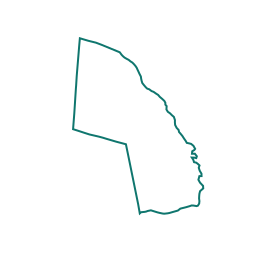 Alto Piquiri, Paraná, Brazil (Equal Earth projection), rotated 331°
{"feature_id": "56859067B25511421043506", "entity_name": "Alto Piquiri", "entity_type": "district", "adm_level": 2, "iso_a3": "BRA", "parent_name": "Brazil", "parent_adm1": "Paraná", "projection": "equal_earth", "projection_center": [-53.368, -24.091], "detail": "fine", "context": "isolated", "style": "outline", "palette": "teal", "viewbox_px": 256, "rotation_deg": 331, "n_neighbors": 0, "source": "geoboundaries", "source_scale": "gbopen_adm2", "svg_char_len": 1617}
<svg xmlns="http://www.w3.org/2000/svg" viewBox="0 0 256 256"><g transform="rotate(331 128 128)"><path d="M172.4,127.6L172.0,125.7L172.9,124.0L172.9,121.9L172.0,119.1L170.9,116.2L170.4,113.7L169.2,111.5L167.9,108.8L166.5,107.1L165.3,104.4L163.9,102.9L163.3,101.0L162.7,98.0L162.3,95.6L162.8,93.3L163.4,91.3L164.2,89.2L164.3,86.0L164.5,83.6L164.6,81.8L164.8,79.5L164.6,77.3L164.1,74.9L163.5,72.8L162.5,71.0L161.6,68.7L160.4,66.9L159.1,64.7L158.4,62.8L157.9,60.9L157.5,57.8L145.2,42.4L141.3,37.8L135.6,32.5L129.4,26.2L127.5,29.0L125.4,32.1L108.4,57.6L103.1,65.9L101.5,68.3L88.1,89.2L79.4,102.4L82.8,106.0L87.9,111.5L91.2,115.0L98.3,121.4L101.3,124.3L103.6,126.7L111.2,134.4L118.3,141.2L114.8,152.4L100.0,199.4L96.9,208.4L98.6,208.0L102.1,209.5L103.4,209.9L104.9,210.1L108.1,211.1L112.8,216.0L114.4,217.5L116.7,219.5L118.1,220.5L121.2,221.8L123.0,222.4L126.1,223.1L131.6,224.4L134.7,223.9L140.3,225.4L144.3,226.3L146.1,226.6L147.7,227.6L150.2,229.6L151.5,229.8L153.6,228.6L155.0,226.6L156.0,224.1L157.5,221.7L158.6,220.1L160.4,218.2L162.2,217.8L164.5,217.3L165.6,215.0L164.5,210.7L164.5,207.4L167.1,204.7L169.0,205.7L170.1,203.6L170.0,200.2L170.6,197.1L172.4,195.4L171.7,193.3L170.9,191.4L169.2,189.9L169.7,187.4L169.5,184.8L171.4,185.9L173.1,187.4L174.5,186.1L174.0,182.9L171.5,181.5L172.9,179.5L175.3,179.4L176.6,178.8L176.6,175.3L175.5,172.5L173.7,170.8L172.2,169.5L172.2,167.2L171.9,164.5L171.7,161.3L171.1,158.0L170.7,156.3L171.3,154.2L170.6,151.5L170.7,148.2L171.7,145.9L172.9,143.8L173.5,140.5L172.6,138.1L171.9,135.6L170.7,133.1L170.6,130.4L172.4,127.6Z" fill="none" stroke="#0f766e" stroke-width="2"/></g></svg>